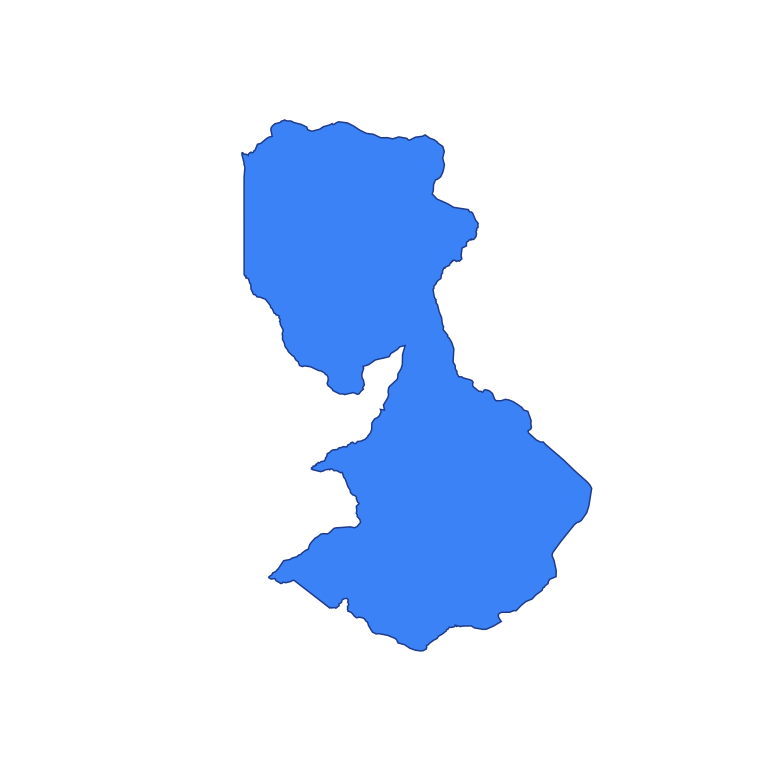 Espejo, Carchi, Ecuador (Mercator projection), rotated 38°
{"feature_id": "8360857B16708852637049", "entity_name": "Espejo", "entity_type": "district", "adm_level": 2, "iso_a3": "ECU", "parent_name": "Ecuador", "parent_adm1": "Carchi", "projection": "mercator", "projection_center": [-78.037, 0.708], "detail": "fine", "context": "isolated", "style": "filled", "palette": "blue", "viewbox_px": 768, "rotation_deg": 38, "n_neighbors": 0, "source": "geoboundaries", "source_scale": "gbopen_adm2", "svg_char_len": 6170}
<svg xmlns="http://www.w3.org/2000/svg" viewBox="0 0 768 768"><g transform="rotate(38 384 384)"><path d="M579.4,560.4L580.9,555.2L582.5,551.9L582.2,549.1L583.9,545.2L585.1,540.1L584.6,538.7L585.4,537.5L585.1,535.5L586.4,534.8L588.7,532.2L589.2,530.9L588.6,530.1L589.3,529.7L590.5,530.3L591.6,528.7L593.2,528.4L594.9,526.4L601.7,520.9L605.4,520.5L613.1,516.4L615.6,514.2L619.2,507.6L622.6,499.0L617.9,497.3L616.2,495.7L616.0,494.0L617.1,491.6L623.6,486.4L625.8,482.7L627.7,481.3L628.4,474.1L629.7,468.2L633.1,462.1L633.4,457.1L635.6,449.3L634.7,446.4L635.4,445.5L635.2,443.9L636.1,440.3L635.0,438.1L634.9,435.6L638.2,429.9L634.6,425.0L626.5,418.3L622.1,415.8L620.8,413.2L620.3,399.1L620.6,377.8L621.4,374.1L622.4,373.0L623.5,370.0L623.0,360.6L620.4,353.8L611.9,338.4L608.5,336.9L604.8,336.1L588.0,335.0L572.2,333.3L548.0,332.2L545.3,331.6L543.0,333.4L538.6,334.3L528.2,333.6L526.3,332.3L527.4,329.3L527.0,327.6L524.1,324.8L522.5,322.3L514.2,317.0L510.2,318.5L507.1,317.6L501.3,317.9L496.3,318.5L492.0,319.8L489.1,321.4L486.5,325.2L482.5,328.2L480.8,328.0L475.3,324.7L471.5,324.5L469.4,325.1L468.9,325.8L467.7,325.8L466.6,327.2L467.0,329.4L466.1,330.1L465.2,329.9L463.3,331.3L455.7,331.2L453.7,329.4L453.4,328.0L451.5,327.2L449.4,327.6L442.8,330.4L440.8,330.5L438.4,332.3L434.8,330.6L433.8,329.2L431.1,328.3L428.6,325.6L424.9,324.2L417.4,313.3L411.5,309.4L407.1,307.7L405.0,307.6L404.1,306.3L397.1,304.7L395.6,302.1L393.6,301.3L388.3,296.1L383.1,293.2L377.5,288.7L374.9,288.0L374.7,287.1L373.3,286.6L373.3,285.6L371.7,285.3L369.7,284.2L364.3,279.2L364.5,278.0L363.1,276.3L363.3,272.7L362.8,272.0L362.9,268.8L363.9,265.9L361.6,262.0L361.9,260.7L360.5,258.8L359.8,255.8L360.7,255.3L360.3,254.4L362.5,250.2L361.7,247.6L362.4,246.8L361.9,245.8L362.4,245.1L362.1,244.1L363.0,243.8L363.5,242.8L365.6,242.9L366.3,241.4L367.7,240.9L368.3,237.5L365.6,235.2L361.8,228.8L363.9,224.5L361.7,221.4L362.4,219.7L362.6,217.5L363.9,217.0L363.7,215.8L364.6,215.8L365.7,214.8L365.7,211.2L364.3,208.5L362.6,207.3L362.4,205.6L361.4,204.9L361.6,202.5L359.9,200.8L359.4,199.5L355.3,198.5L348.5,194.7L346.9,194.7L345.5,195.7L343.0,194.7L330.2,201.9L323.2,202.8L312.1,205.6L305.0,204.6L303.9,201.5L300.3,196.3L298.9,191.5L300.1,189.6L301.1,185.9L299.9,180.7L298.8,178.2L296.7,174.1L291.2,169.9L288.3,163.6L284.0,160.6L278.3,161.0L277.0,160.5L272.9,160.7L268.9,162.1L263.0,162.4L261.9,165.0L256.8,170.2L254.0,176.2L252.9,176.7L250.7,176.4L243.5,180.2L240.0,185.4L235.0,187.8L230.0,191.9L221.6,193.9L216.0,197.3L209.1,198.8L200.7,199.5L194.4,200.8L186.8,205.3L185.5,207.7L184.8,210.2L184.3,210.7L182.9,210.6L181.9,213.0L177.7,218.8L176.5,222.8L171.5,229.3L167.3,230.6L164.9,229.1L159.0,230.4L151.8,233.5L148.8,234.0L145.5,236.5L143.0,237.2L142.4,238.8L141.3,239.9L141.2,241.7L137.8,246.2L137.2,249.5L137.3,251.4L138.1,253.1L143.4,257.7L141.3,260.4L140.3,263.1L138.8,270.2L136.7,273.0L138.5,279.2L138.0,280.3L138.3,282.0L137.7,283.1L136.7,283.1L136.0,283.9L135.7,286.1L136.3,287.7L134.1,287.7L132.2,289.1L130.2,288.7L129.8,289.4L131.3,291.1L137.6,295.9L138.3,297.0L140.9,298.7L146.6,307.4L206.0,383.4L207.5,384.5L209.0,384.0L209.7,385.4L212.4,384.5L215.9,387.0L217.9,387.7L220.8,391.1L225.7,393.6L226.6,393.6L227.6,392.8L230.3,393.5L232.9,391.9L238.4,390.2L246.0,392.1L247.7,393.5L249.6,393.5L253.9,395.8L255.1,395.4L256.2,396.0L258.6,395.0L259.6,395.1L260.3,396.3L262.7,397.2L263.3,399.2L264.5,399.4L265.5,400.8L271.6,403.7L272.9,407.2L274.5,408.5L276.5,411.3L280.1,413.0L283.4,415.6L287.0,416.4L288.6,417.4L294.0,418.0L296.4,417.8L299.5,419.3L302.7,419.3L306.0,421.4L309.0,420.5L310.3,418.6L315.6,415.6L324.1,413.7L326.5,412.4L330.4,411.9L331.9,412.5L333.5,412.1L335.8,413.1L337.8,415.6L338.8,418.5L340.6,419.6L346.0,419.8L347.8,420.6L355.2,419.1L358.0,416.9L359.3,416.7L365.2,409.6L369.3,408.5L370.4,407.3L370.3,404.0L370.9,400.7L369.5,400.1L369.1,396.9L365.3,393.5L363.3,392.9L361.5,391.2L360.4,389.6L358.2,384.0L356.6,383.1L359.9,378.4L362.4,370.3L370.8,359.9L371.2,359.0L370.6,355.9L373.2,348.7L373.5,345.0L377.0,340.7L380.5,349.4L386.2,357.0L387.2,359.1L388.2,362.1L388.8,367.5L390.9,370.5L391.5,372.5L389.8,382.6L390.2,384.5L392.1,387.8L393.9,389.2L395.3,391.8L396.5,400.9L400.4,404.2L396.8,406.2L398.6,407.4L399.9,411.6L399.4,414.8L398.1,417.2L398.4,422.0L402.3,427.5L403.5,431.2L403.2,434.5L403.7,435.5L403.1,439.4L400.7,443.6L398.5,445.6L398.5,448.1L396.9,449.3L395.0,449.2L394.0,450.9L394.3,451.7L393.0,454.4L393.5,456.4L390.3,458.6L389.2,460.9L388.0,461.6L387.5,464.3L384.1,467.7L383.4,469.8L383.4,471.7L382.7,472.4L382.2,473.9L383.6,476.6L383.3,477.9L384.1,479.2L384.4,481.4L382.2,483.9L381.7,485.9L380.4,486.4L380.7,487.1L379.9,489.0L380.6,489.6L379.8,490.2L380.0,491.7L378.8,492.2L379.1,493.0L378.6,494.5L379.4,494.8L379.2,495.6L380.6,495.4L388.2,492.0L388.5,491.1L389.6,490.2L390.4,487.9L393.0,485.3L394.1,485.0L394.2,483.8L394.8,483.3L396.3,482.8L397.9,483.1L400.0,481.4L404.5,480.6L405.6,479.4L409.6,482.2L412.0,482.8L418.8,487.1L422.3,488.3L424.5,490.2L427.4,490.6L430.6,489.7L432.2,490.2L432.6,491.2L435.9,493.3L437.5,493.3L438.0,493.9L437.5,497.4L440.5,500.6L441.7,502.9L443.4,503.5L444.5,504.9L448.5,505.7L450.7,507.5L450.6,512.5L449.4,515.4L445.4,517.3L434.8,526.9L433.5,528.5L432.5,535.0L431.6,537.1L428.4,539.2L426.6,541.3L426.0,544.6L424.6,548.0L424.2,553.6L424.4,556.5L426.0,560.9L424.7,563.2L423.4,567.9L423.5,569.3L422.1,571.3L421.6,573.9L418.6,577.9L418.1,580.0L413.7,585.0L414.4,593.9L414.1,598.5L412.6,601.4L413.1,603.7L412.0,606.6L412.5,607.5L415.0,607.3L417.7,604.6L420.1,605.4L425.6,604.7L426.3,603.9L426.5,602.3L428.9,601.1L431.7,597.6L433.6,594.1L479.3,593.9L479.7,592.7L480.7,592.7L482.5,590.7L484.1,590.3L485.1,586.3L483.9,585.2L485.0,582.4L483.9,580.0L484.7,577.8L486.8,575.8L488.7,576.1L489.7,578.3L490.9,578.7L492.2,580.0L492.3,582.0L493.3,582.7L493.9,584.1L495.2,584.5L495.4,585.2L498.8,584.1L504.0,585.2L506.4,585.1L508.0,583.0L511.1,581.4L513.1,581.1L516.2,582.0L517.7,581.8L520.6,583.9L527.6,586.6L531.6,585.8L533.8,583.8L541.6,579.8L549.2,577.7L551.3,577.7L554.5,579.4L560.9,576.7L567.2,576.3L572.9,574.3L577.3,571.7L579.0,570.1L580.4,566.9L580.0,565.5L578.4,563.8L579.5,562.1L579.4,560.4Z" fill="#3b82f6" stroke="#1e3a8a" stroke-width="1.5"/></g></svg>